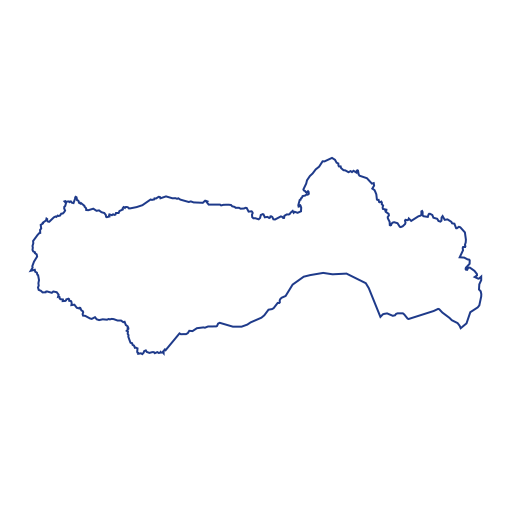 Mucajaí, Roraima, Brazil (Natural Earth projection)
{"feature_id": "56859067B90019213864957", "entity_name": "Mucajaí", "entity_type": "district", "adm_level": 2, "iso_a3": "BRA", "parent_name": "Brazil", "parent_adm1": "Roraima", "projection": "natural_earth1", "projection_center": [-62.094, 2.526], "detail": "fine", "context": "isolated", "style": "outline", "palette": "blue", "viewbox_px": 512, "rotation_deg": 0, "n_neighbors": 0, "source": "geoboundaries", "source_scale": "gbopen_adm2", "svg_char_len": 6006}
<svg xmlns="http://www.w3.org/2000/svg" viewBox="0 0 512 512"><path d="M64.5,201.4L66.0,203.1L65.2,206.0L64.3,206.8L64.2,208.5L65.1,210.6L64.0,212.3L62.8,213.5L61.2,213.7L60.0,215.6L58.4,216.0L57.7,215.6L56.3,216.9L55.5,216.5L53.9,217.3L49.2,221.8L48.0,221.6L47.0,220.5L47.2,219.1L46.5,218.6L46.0,220.5L42.8,222.7L43.0,223.4L40.7,224.9L41.2,228.5L40.1,229.9L40.2,232.9L39.4,233.0L37.6,234.9L33.1,241.0L33.3,243.3L32.5,246.0L32.8,247.6L32.5,249.9L33.2,251.4L35.0,252.3L34.9,253.1L36.7,254.4L37.1,256.6L34.0,261.6L32.3,266.2L32.6,267.7L30.7,270.8L34.8,269.8L35.2,271.7L36.9,272.7L37.3,274.6L38.1,275.2L39.0,280.1L38.4,283.2L38.7,285.6L38.0,287.5L38.7,289.9L40.9,290.8L42.6,292.4L45.7,292.3L46.0,291.6L46.9,291.4L51.8,292.8L53.3,291.5L56.7,292.2L58.6,294.7L58.1,296.7L58.9,296.4L59.6,297.1L59.6,298.4L60.4,299.2L62.9,299.5L62.7,301.1L65.4,300.9L66.1,300.3L66.3,299.4L68.5,298.7L69.1,299.2L69.2,300.8L71.0,301.1L71.4,301.8L71.7,303.5L71.4,305.1L74.4,304.7L76.8,307.8L79.4,308.5L79.6,307.8L80.3,307.9L81.4,310.4L82.7,311.1L83.2,312.2L82.6,314.1L83.0,315.6L85.3,315.9L89.9,318.4L91.7,318.9L95.0,317.2L96.7,319.3L99.1,320.1L102.7,319.3L107.0,319.7L108.7,319.0L109.9,319.4L111.6,318.9L113.6,319.1L117.5,320.5L121.0,320.5L123.3,322.2L124.6,321.8L125.8,325.0L127.5,326.2L128.1,327.3L128.3,328.1L127.7,328.3L128.2,329.1L126.7,330.8L127.9,331.5L127.7,333.9L128.5,335.1L128.3,336.7L130.2,342.0L130.6,342.8L132.1,343.2L132.6,344.9L134.0,345.6L134.9,347.8L135.7,347.6L137.5,348.4L137.2,351.7L137.4,352.5L138.1,352.8L138.2,353.8L140.9,353.3L142.3,354.1L143.6,352.7L144.2,351.1L145.8,350.4L146.7,351.9L149.4,352.9L152.4,352.1L153.8,352.1L154.8,353.2L157.3,352.1L158.8,353.0L160.3,352.6L160.6,352.0L161.2,352.6L162.8,352.4L163.0,351.6L165.0,349.6L165.6,350.2L179.5,333.4L180.8,334.2L186.1,334.1L187.8,333.1L189.3,330.8L192.5,331.1L196.9,328.2L203.4,327.4L204.9,327.7L208.0,326.5L216.2,326.4L217.0,326.0L218.1,323.6L219.7,322.8L233.0,326.7L241.5,326.7L247.3,324.6L250.6,322.4L261.4,317.7L264.3,315.3L268.5,309.7L272.0,309.1L273.6,308.2L277.7,302.9L279.2,303.0L279.8,302.4L279.7,300.3L280.4,298.9L281.7,297.7L285.6,296.0L292.6,284.6L303.7,276.7L310.2,275.1L323.2,272.9L332.5,274.3L346.5,273.6L365.8,283.2L368.8,288.2L380.4,316.9L382.9,314.3L384.1,313.9L387.1,313.4L392.8,315.8L395.0,315.3L396.1,313.9L397.7,313.3L402.8,313.3L404.2,314.4L407.6,318.6L408.6,319.0L433.7,311.0L438.1,308.9L439.2,309.2L442.3,312.5L449.5,317.9L451.8,320.2L457.6,323.1L459.6,325.7L460.7,328.2L466.5,323.4L470.3,312.2L477.7,307.4L479.3,305.4L481.2,296.5L481.3,294.1L480.7,291.3L479.0,289.5L479.3,284.3L481.2,280.2L481.2,276.6L479.1,278.5L478.3,278.7L474.7,277.0L477.0,275.4L476.9,274.0L474.5,270.9L470.0,267.7L468.9,267.6L467.9,268.2L467.2,269.8L466.0,269.7L465.6,269.0L465.9,267.7L469.6,263.8L469.7,260.3L469.1,259.6L467.6,259.4L464.2,257.6L459.7,257.3L463.0,250.3L462.7,248.0L463.1,247.0L465.1,247.0L465.4,246.2L464.9,245.0L465.7,242.4L465.9,239.6L464.9,232.4L460.3,227.3L458.9,226.8L456.8,228.3L456.1,228.2L454.4,223.7L452.1,223.3L451.3,221.8L447.5,219.4L444.7,219.8L442.6,216.1L441.6,217.5L441.4,220.7L440.4,221.6L438.5,221.0L437.2,218.8L433.4,217.7L432.3,215.0L430.0,213.8L429.1,213.8L428.6,214.4L427.8,216.9L423.4,216.2L422.6,215.3L422.6,212.0L422.1,211.0L421.4,211.4L421.4,214.7L420.6,215.6L418.4,216.3L411.2,220.9L408.8,218.5L408.3,219.8L407.5,220.2L405.5,219.8L405.0,220.6L405.5,222.6L405.1,224.0L402.7,226.3L400.7,227.1L399.8,226.8L397.5,223.2L394.1,222.2L392.7,222.6L391.6,223.6L391.1,225.1L390.4,225.4L389.8,225.1L389.6,221.8L387.9,218.4L387.7,217.1L388.9,215.4L388.6,213.8L385.7,211.8L385.4,210.9L386.3,210.5L386.4,209.7L382.9,208.9L382.6,207.5L383.1,205.5L381.8,204.3L381.9,202.7L381.3,201.6L379.8,202.3L379.1,202.0L378.6,199.9L377.3,199.9L376.9,199.4L376.3,194.3L375.3,191.8L374.5,190.1L372.3,188.6L374.1,185.6L373.7,183.1L371.9,183.6L366.9,178.2L359.5,175.7L358.7,174.5L358.0,170.6L357.3,170.3L356.3,171.4L356.3,172.5L353.5,170.8L352.0,172.1L350.6,171.1L348.5,172.2L345.3,170.4L343.5,170.2L341.1,168.1L340.6,166.4L339.1,166.5L338.5,165.7L338.3,163.5L336.6,162.7L335.0,159.8L332.0,157.9L324.5,161.4L322.6,161.3L319.1,166.7L315.7,169.4L312.6,173.5L309.9,176.0L307.0,180.3L306.2,183.6L303.4,189.4L303.8,190.4L305.3,191.2L305.8,192.2L306.7,192.5L308.0,191.2L308.6,191.9L308.8,193.8L307.7,194.7L306.5,194.5L305.3,195.5L302.6,196.1L301.9,197.7L300.9,198.4L300.6,199.7L299.7,200.0L298.3,205.2L298.6,206.6L299.3,206.4L299.5,205.3L300.1,205.1L300.5,205.6L301.2,207.7L301.0,211.3L297.6,212.8L294.7,211.8L293.7,212.8L292.7,210.9L290.6,212.7L289.8,213.9L288.8,214.5L286.8,214.4L284.4,215.8L284.1,217.9L283.2,218.0L282.4,217.0L280.9,216.4L275.0,219.5L273.4,219.3L272.3,217.0L271.2,216.3L270.5,216.3L270.0,217.6L269.2,218.0L267.5,216.9L264.8,217.3L263.5,214.4L262.8,214.1L260.8,215.0L260.1,217.9L258.7,219.3L255.2,218.2L253.4,218.3L252.2,217.1L252.0,214.7L252.7,213.0L252.1,211.8L251.6,211.3L248.6,211.6L246.7,208.0L245.5,207.8L244.0,208.5L240.6,208.7L239.0,207.8L235.6,207.8L234.6,206.9L232.2,206.3L231.0,205.0L228.6,204.7L223.6,204.8L221.1,205.4L220.0,204.6L208.7,204.6L206.6,202.0L207.3,201.4L205.7,200.8L205.1,200.7L202.8,202.8L193.6,202.4L190.8,201.4L188.8,202.0L180.3,199.6L178.3,198.3L177.1,198.8L175.4,198.2L172.5,198.3L166.0,196.4L160.4,198.3L159.9,197.0L158.7,196.8L156.0,198.5L154.5,198.4L154.2,199.4L151.9,199.9L150.6,199.5L142.4,205.2L136.6,207.1L130.1,208.4L128.9,208.4L128.4,207.6L126.9,207.0L125.3,207.1L124.9,207.9L123.6,207.1L122.6,208.4L122.8,209.5L119.5,211.0L118.6,213.0L116.0,213.0L115.4,214.6L114.3,214.9L113.1,214.3L111.9,215.2L109.4,214.4L109.0,215.6L109.4,216.5L106.8,217.2L106.1,216.8L105.8,215.0L104.3,213.0L101.5,212.2L99.0,210.4L96.5,210.8L93.3,208.7L88.3,210.2L86.2,210.0L86.1,208.3L84.5,206.6L84.4,205.8L80.9,203.0L80.5,203.6L78.9,202.7L78.8,201.5L78.2,200.6L77.1,200.2L76.5,197.3L75.7,196.8L75.2,197.4L75.2,198.4L73.5,203.1L71.9,202.7L70.9,201.4L70.2,201.4L69.6,202.1L68.4,201.4L66.0,201.8L65.3,201.1L64.5,201.4ZM162.8,352.4L163.6,353.3L163.6,351.2L162.8,352.4Z" fill="none" stroke="#1e3a8a" stroke-width="2"/></svg>